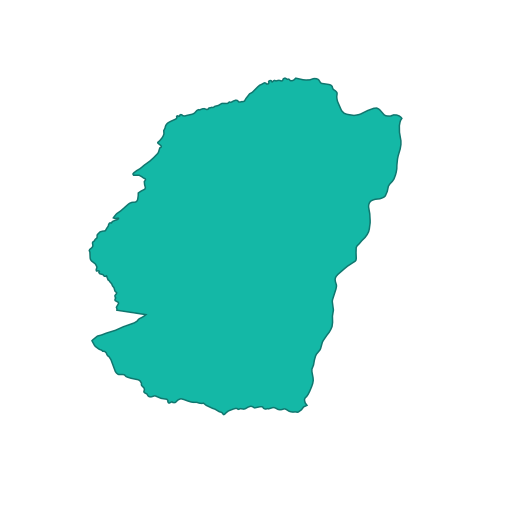 outline of Tarso, Antioquia, Colombia, rotated 71°
{"feature_id": "7082276B41921271459281", "entity_name": "Tarso", "entity_type": "district", "adm_level": 2, "iso_a3": "COL", "parent_name": "Colombia", "parent_adm1": "Antioquia", "projection": "robinson", "projection_center": [-75.833, 5.874], "detail": "fine", "context": "isolated", "style": "filled", "palette": "teal", "viewbox_px": 512, "rotation_deg": 71, "n_neighbors": 0, "source": "geoboundaries", "source_scale": "gbopen_adm2", "svg_char_len": 6087}
<svg xmlns="http://www.w3.org/2000/svg" viewBox="0 0 512 512"><g transform="rotate(71 256 256)"><path d="M377.8,237.1L373.3,234.6L370.0,232.3L368.5,230.8L365.7,226.2L364.6,225.1L359.1,221.3L357.7,219.8L354.0,214.8L351.9,211.6L349.7,209.1L347.5,207.1L343.7,205.2L337.7,203.3L332.3,200.4L323.9,198.7L322.4,198.0L313.3,191.2L311.1,189.9L309.7,189.4L306.3,189.3L304.1,188.9L302.6,188.1L301.4,186.9L300.1,184.7L296.8,176.5L295.4,172.8L293.1,163.7L292.4,162.8L290.9,162.0L285.3,160.3L280.6,158.5L279.3,157.1L278.0,154.4L275.9,150.9L274.0,146.9L271.9,143.9L269.7,141.6L267.4,140.1L261.8,137.3L259.8,136.6L253.1,134.7L246.3,133.6L244.3,132.8L242.8,131.6L241.6,130.0L241.2,128.3L241.1,126.5L241.2,124.7L242.2,120.3L242.2,118.3L242.0,115.9L241.3,114.2L237.7,110.9L233.1,108.1L231.4,105.9L229.8,102.8L228.1,100.5L225.0,97.9L222.5,96.2L219.4,94.5L215.9,93.2L210.3,90.6L207.6,89.0L201.7,84.8L197.8,82.7L194.3,81.5L185.8,80.1L179.4,78.0L176.4,76.3L174.7,75.0L173.4,73.3L172.0,73.8L170.2,75.0L168.5,77.1L167.4,79.9L167.4,82.0L167.6,82.1L167.3,83.9L166.4,86.2L165.6,87.7L164.2,88.9L158.1,91.4L156.9,92.2L155.4,93.7L154.7,96.5L154.8,102.9L155.8,110.7L155.8,112.6L155.4,115.5L155.0,117.6L152.9,121.6L151.5,124.1L149.7,126.2L146.9,127.6L145.3,127.9L136.5,128.6L134.3,128.4L132.8,128.1L131.4,127.7L129.2,126.6L128.2,126.3L127.4,126.4L125.8,127.1L123.6,128.7L122.2,128.9L120.4,128.8L119.7,129.1L118.7,129.7L117.7,131.0L114.1,137.9L113.0,138.6L110.1,139.3L109.1,139.9L108.0,141.2L107.2,143.1L107.0,144.2L107.0,147.7L105.9,151.4L104.7,154.1L100.8,160.5L102.0,163.2L102.0,164.6L101.7,165.8L101.3,166.5L99.7,167.2L99.4,167.5L99.2,168.8L97.5,170.3L97.2,170.9L97.3,172.4L98.5,173.5L98.8,174.0L98.8,174.7L98.5,175.5L97.8,176.3L97.2,177.7L97.0,180.1L96.0,181.3L96.1,182.5L96.7,183.9L96.2,184.5L95.3,184.5L94.9,184.9L94.7,185.5L94.8,186.8L95.1,187.2L95.4,187.4L96.4,187.4L96.9,187.8L97.2,188.3L97.0,189.7L96.7,190.1L96.0,190.3L95.5,190.8L95.0,191.7L95.6,195.2L95.7,196.9L96.7,199.4L99.8,205.7L100.1,206.5L100.6,209.3L103.8,214.2L105.8,216.5L105.8,218.3L105.4,219.0L105.3,220.7L104.8,222.1L103.0,222.9L102.1,224.3L102.1,226.8L102.6,229.7L101.7,231.1L102.4,232.9L102.4,233.6L100.7,238.3L100.7,239.0L101.4,242.6L101.1,246.2L101.6,247.8L101.4,248.9L101.0,249.6L101.0,251.1L100.7,252.0L101.0,252.8L101.6,253.6L101.6,254.3L101.4,255.0L99.8,257.0L99.4,258.7L99.5,261.3L99.4,262.0L98.9,262.8L99.2,264.6L100.9,267.7L101.2,270.0L100.5,276.2L100.5,277.6L99.7,279.3L99.2,279.8L98.4,280.1L97.8,281.1L98.0,282.2L98.9,282.7L98.9,283.1L98.6,284.0L98.0,284.2L97.9,285.1L98.1,285.5L98.4,285.7L99.3,285.7L99.9,286.3L100.4,287.3L100.9,292.8L101.4,295.7L101.9,297.0L103.0,298.6L103.9,299.4L105.6,300.5L107.4,302.4L110.3,303.2L111.0,303.6L112.4,304.8L113.6,306.2L115.6,309.4L116.6,311.9L117.4,312.0L120.4,310.1L121.0,309.9L121.7,309.9L122.3,310.4L122.5,311.8L125.7,314.1L127.0,315.4L129.7,320.7L131.7,325.4L133.6,331.7L135.7,337.3L136.4,340.9L137.5,344.3L138.2,345.5L138.8,345.7L139.8,345.4L141.6,340.2L143.7,338.3L145.7,336.9L146.9,335.6L147.8,335.6L148.4,336.1L149.3,337.4L152.3,338.1L155.3,338.3L156.4,339.1L156.7,339.9L157.2,343.5L158.1,346.8L160.8,347.8L163.7,349.3L164.8,350.1L165.2,350.7L165.8,352.2L165.7,352.9L164.9,355.8L165.0,358.2L165.4,359.7L169.4,369.5L170.5,373.5L171.1,374.8L173.3,378.3L173.5,378.5L174.2,377.7L174.8,376.4L175.3,374.0L175.6,373.7L176.0,373.9L176.5,375.7L176.4,377.5L176.7,380.7L177.7,381.9L177.2,383.1L177.2,383.8L178.1,385.0L179.7,386.0L181.2,388.1L183.0,390.1L183.0,391.2L182.6,392.9L182.4,395.5L183.5,397.9L184.2,399.1L184.7,399.5L186.0,399.9L187.1,400.5L188.0,402.8L188.6,403.3L189.2,404.2L189.7,405.8L190.5,406.4L192.4,406.7L193.3,407.0L194.0,407.5L194.7,408.5L195.7,411.1L196.6,411.9L198.3,411.8L204.1,413.5L205.6,413.6L207.2,413.1L210.7,410.8L211.5,410.4L214.3,410.0L215.1,410.2L216.8,411.5L217.5,411.7L218.1,411.7L218.4,411.5L218.5,410.2L219.1,409.3L219.6,409.1L220.3,409.9L221.4,409.7L222.0,409.4L223.6,407.0L224.3,406.5L225.0,406.4L225.8,405.9L226.3,404.7L226.1,403.8L226.4,403.7L227.5,403.8L230.2,403.6L230.3,403.7L231.7,402.8L232.7,402.6L235.4,401.5L237.6,401.4L239.7,400.6L243.2,400.8L245.4,399.7L246.2,400.2L247.4,402.2L248.8,402.6L249.8,402.3L250.1,402.4L251.0,403.4L252.0,403.7L252.4,403.6L255.0,401.3L255.8,401.3L256.5,401.8L259.0,404.7L260.8,404.7L262.0,405.2L275.6,379.2L276.2,380.7L276.9,383.5L277.3,386.6L277.7,387.8L278.9,389.7L279.6,392.8L279.7,404.3L280.5,413.1L280.2,422.6L280.4,427.9L280.1,431.8L280.3,432.6L282.0,437.3L282.7,438.7L288.0,437.8L289.3,437.3L292.8,434.9L293.7,434.0L294.8,432.6L296.1,432.0L296.8,430.4L297.5,429.8L298.9,429.1L300.1,429.1L301.9,428.8L303.5,427.7L306.8,426.9L319.4,426.6L321.3,426.0L323.0,424.9L323.4,424.3L324.6,420.7L325.5,419.1L327.5,418.2L328.7,417.0L330.9,414.0L334.7,407.6L336.1,406.4L338.8,405.7L340.5,406.3L341.2,406.3L344.5,404.8L346.0,405.0L347.8,406.2L348.3,406.2L349.4,405.6L350.9,404.1L353.1,403.6L353.8,403.2L354.6,402.2L355.1,400.7L355.2,397.5L355.4,396.9L359.7,392.1L362.4,387.0L363.7,386.4L364.3,386.4L365.1,386.8L366.2,386.6L366.6,386.3L366.8,385.9L366.5,383.2L366.7,382.7L367.5,382.3L368.1,380.8L368.2,380.1L368.1,379.6L366.9,377.1L366.6,375.9L366.5,373.8L366.7,373.2L368.3,370.8L370.8,367.8L372.9,364.9L373.9,363.0L375.1,359.6L376.6,357.6L377.7,355.4L378.1,353.5L381.0,351.7L385.8,346.8L387.5,344.6L391.2,341.5L392.4,339.8L393.1,339.1L394.4,338.8L395.5,338.1L395.4,337.2L394.4,335.1L393.5,332.5L393.3,327.0L393.5,324.7L394.1,323.5L395.2,322.8L395.3,322.0L395.2,320.5L396.8,317.4L396.9,315.7L396.3,312.7L396.3,310.1L396.7,309.2L397.4,308.3L399.0,307.0L399.2,306.5L399.8,301.3L400.4,299.6L400.9,298.9L402.5,298.4L403.7,297.1L403.9,296.4L404.0,294.9L404.6,293.9L404.8,289.3L405.3,288.1L406.3,286.9L408.1,285.3L408.9,284.0L409.4,282.7L409.6,281.7L409.7,279.2L410.1,278.3L410.9,277.4L413.6,275.2L414.6,273.8L415.6,271.9L416.2,269.5L417.2,267.7L417.3,266.8L416.2,263.1L414.2,260.1L413.8,256.4L411.0,257.3L408.8,257.2L407.6,256.9L406.7,256.3L405.9,255.3L405.5,254.1L403.8,251.8L401.5,249.4L397.7,246.0L395.0,243.9L392.3,242.4L389.7,241.7L383.6,240.8L381.2,240.0L377.8,237.1Z" fill="#14b8a6" stroke="#0f766e" stroke-width="1.5"/></g></svg>